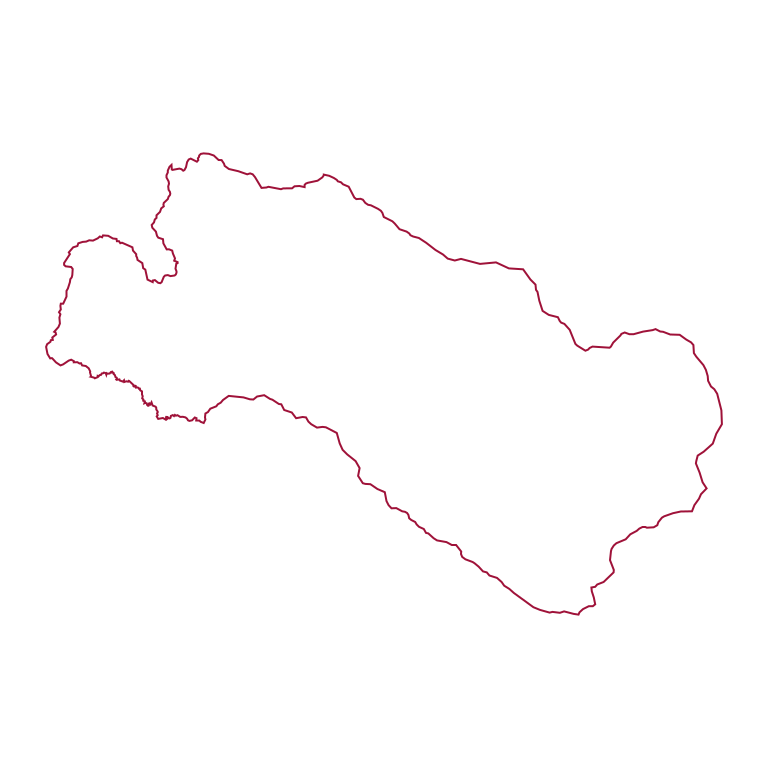 Menkhoaneng, Leribe, Lesotho (Mercator projection)
{"feature_id": "5366337B76816657583233", "entity_name": "Menkhoaneng", "entity_type": "district", "adm_level": 2, "iso_a3": "LSO", "parent_name": "Lesotho", "parent_adm1": "Leribe", "projection": "mercator", "projection_center": [28.291, -28.899], "detail": "fine", "context": "isolated", "style": "outline", "palette": "rose", "viewbox_px": 768, "rotation_deg": 0, "n_neighbors": 0, "source": "geoboundaries", "source_scale": "gbopen_adm2", "svg_char_len": 6059}
<svg xmlns="http://www.w3.org/2000/svg" viewBox="0 0 768 768"><path d="M549.6,612.6L552.5,611.9L559.9,612.8L564.1,611.4L573.7,613.9L578.5,614.6L579.5,612.3L583.0,609.1L588.8,606.2L592.8,606.2L595.2,604.3L593.8,597.5L591.8,591.3L591.4,587.5L595.2,586.8L597.2,584.5L603.6,582.0L613.6,572.4L613.8,569.9L610.0,560.1L611.0,551.0L611.6,548.9L613.8,545.5L616.4,543.2L625.7,539.3L630.3,534.3L636.7,530.9L639.3,528.6L642.5,527.0L645.3,527.0L646.9,527.7L653.7,527.3L657.3,525.2L658.3,522.2L661.9,517.7L664.2,516.3L673.0,513.2L680.8,511.5L692.0,511.3L694.4,505.1L699.0,498.7L701.0,494.2L706.6,488.4L702.6,482.3L699.6,472.6L695.9,463.4L696.3,461.0L697.7,455.6L703.7,451.7L712.8,443.6L716.3,433.7L721.9,424.2L721.4,410.4L717.2,393.8L714.3,389.2L711.0,386.5L708.1,380.8L707.7,376.0L705.9,369.9L703.4,365.1L696.3,356.7L693.9,353.1L693.4,345.0L691.0,342.3L686.3,339.6L679.7,334.8L670.2,334.5L663.1,331.8L660.2,331.5L655.5,329.1L652.7,330.1L643.1,331.6L633.6,334.2L629.4,334.2L624.7,332.5L621.4,333.9L620.4,335.5L613.2,342.6L610.9,346.6L609.6,347.7L592.5,346.6L589.6,348.0L588.1,349.6L585.4,350.7L577.2,345.6L575.4,343.9L569.7,329.8L564.4,323.9L561.1,322.6L559.7,320.9L557.9,317.2L548.8,314.9L542.6,310.9L539.3,300.7L537.5,291.9L536.0,289.8L535.5,284.6L530.4,279.5L523.1,269.3L508.9,268.4L496.0,262.4L480.0,263.9L461.0,258.9L454.8,260.5L447.7,258.6L443.0,254.5L435.5,250.0L426.2,242.8L418.9,238.0L413.1,236.5L410.4,235.2L409.3,233.5L406.6,231.6L399.5,229.2L394.7,223.5L392.4,221.3L383.8,217.0L382.4,212.9L380.9,210.8L378.1,208.9L370.9,205.3L368.1,204.8L365.3,202.9L362.9,199.7L360.5,198.8L356.3,199.1L354.3,197.5L348.7,186.7L343.0,184.3L341.0,182.3L337.8,181.3L336.8,179.9L333.9,178.0L329.2,175.8L323.8,174.6L323.8,175.3L322.3,177.4L317.6,180.7L307.8,182.8L305.8,183.6L304.6,184.9L304.6,187.1L299.4,186.0L294.5,186.3L292.1,188.3L283.2,188.4L281.0,189.2L268.4,186.8L266.4,187.5L261.5,187.9L255.0,177.1L252.7,174.3L250.1,173.4L247.2,174.3L238.3,171.2L228.9,169.0L224.7,165.9L224.0,163.7L221.6,160.1L218.6,160.0L213.8,155.5L208.8,153.8L203.6,153.4L200.8,153.9L199.2,155.5L198.9,157.1L197.9,158.3L198.3,160.1L196.9,161.7L190.7,158.6L188.7,159.5L187.1,162.1L186.0,167.2L184.4,170.1L183.2,170.7L181.5,169.2L179.4,168.6L172.5,169.9L171.8,169.5L171.5,164.9L169.5,166.8L167.8,170.6L167.8,172.5L166.5,175.2L166.5,177.5L168.6,181.4L169.0,183.7L168.2,186.4L168.6,189.8L169.9,191.8L170.3,193.7L169.9,195.2L168.6,196.7L167.8,199.1L163.8,202.9L163.4,204.8L163.8,206.3L161.2,208.4L160.0,211.9L156.5,215.3L156.5,217.9L154.8,219.5L154.0,222.4L151.7,225.0L152.3,227.7L155.9,231.6L157.0,235.8L158.3,237.7L163.0,239.2L163.4,243.4L166.7,249.4L169.0,249.3L172.2,250.6L172.9,253.5L175.0,258.4L174.2,260.7L177.6,262.1L177.6,263.1L176.3,263.7L175.5,268.7L176.5,271.3L176.5,272.7L175.8,274.5L174.6,275.5L170.5,276.1L167.8,275.1L165.1,275.5L163.8,276.8L161.6,282.2L160.3,283.2L158.2,282.8L154.9,280.1L152.9,280.5L152.7,282.1L147.5,279.6L145.3,269.6L143.2,268.2L142.3,263.1L137.5,259.9L137.1,257.7L136.2,256.0L136.2,254.2L133.0,250.6L132.4,247.3L122.0,242.7L120.3,243.2L119.0,241.2L116.9,241.2L116.5,238.9L112.9,238.5L108.2,235.8L103.0,235.4L102.1,237.3L99.8,236.5L97.8,238.3L93.0,240.6L89.2,240.3L86.2,241.6L82.7,241.9L78.3,243.3L77.4,246.0L73.2,247.3L68.8,252.4L69.9,254.1L64.1,263.0L64.1,264.9L65.6,266.3L71.2,267.0L72.7,269.0L72.3,275.1L71.7,277.4L70.3,279.2L69.9,282.2L67.9,288.5L66.5,290.9L66.5,296.6L63.2,303.7L60.8,303.7L60.4,305.8L60.8,309.5L59.0,312.2L60.4,314.2L59.4,317.6L59.9,323.6L58.4,327.1L54.2,331.8L55.6,332.5L56.1,334.5L52.3,337.5L52.8,339.9L50.8,340.2L50.4,341.8L47.1,344.2L46.1,346.9L47.5,354.0L50.2,358.4L51.9,358.1L52.5,358.6L56.0,362.4L60.5,365.4L63.1,364.4L68.7,360.6L71.2,359.7L73.9,361.2L73.8,362.3L77.4,362.2L79.5,363.5L81.0,363.2L82.1,365.4L85.8,366.0L88.7,368.3L90.2,371.4L90.0,372.4L91.2,376.6L90.9,376.8L94.0,377.6L94.8,378.3L97.6,377.2L97.7,375.9L98.6,376.3L99.7,375.1L101.1,374.8L101.7,373.5L103.3,373.2L103.9,372.6L105.7,373.1L106.3,374.7L106.7,373.2L107.6,373.7L109.7,373.5L110.6,372.4L111.3,372.4L111.3,371.9L112.1,371.7L112.3,372.7L113.2,372.6L113.8,373.2L113.7,374.1L114.9,375.1L115.5,377.1L116.7,377.7L117.0,378.9L116.3,379.5L116.6,379.8L119.4,379.4L119.8,380.5L122.8,381.6L124.0,380.3L124.3,382.0L126.3,381.3L128.1,381.7L128.7,380.8L129.2,381.0L133.4,384.9L133.3,385.9L134.1,386.6L135.0,386.6L135.3,385.8L135.7,385.9L136.0,387.6L137.2,387.4L138.5,387.8L139.0,388.8L139.9,388.7L140.2,390.3L142.0,391.4L142.0,394.5L142.7,396.2L142.2,398.4L143.4,399.5L143.2,400.7L144.9,401.4L144.4,403.3L145.5,402.9L146.7,403.3L147.1,404.9L148.1,405.8L148.8,405.5L148.9,403.6L149.2,403.3L150.4,404.4L151.5,402.3L152.6,405.5L155.6,406.7L156.2,407.6L156.3,409.5L157.7,411.6L157.7,412.4L157.0,413.3L157.7,415.2L156.7,416.4L158.2,418.9L162.9,418.0L166.0,419.8L166.9,419.1L166.0,417.8L166.2,416.9L167.5,417.0L168.9,418.3L169.7,418.4L170.5,417.8L170.9,415.9L172.8,415.1L174.0,416.1L174.9,414.9L175.9,415.7L177.5,415.2L180.2,416.9L182.9,416.8L185.5,417.4L187.1,418.7L188.0,420.3L189.4,420.9L192.1,420.3L194.8,417.5L196.5,418.2L196.2,420.5L199.4,420.6L200.6,421.8L203.7,423.0L205.4,419.5L205.0,417.4L205.4,413.5L207.9,412.1L210.3,408.7L216.3,406.3L217.8,404.3L220.7,402.7L223.0,400.0L228.7,395.9L243.5,397.4L249.9,399.3L253.4,399.5L257.1,396.5L264.2,395.2L270.0,398.9L272.4,399.7L278.9,404.0L281.3,404.3L284.2,410.0L291.8,412.5L296.1,418.2L302.6,417.0L306.0,417.4L308.4,421.6L311.2,424.2L317.0,427.6L322.6,426.9L325.9,427.3L336.8,433.0L339.7,443.4L342.6,449.8L347.2,454.4L355.6,461.1L359.6,468.1L358.1,475.9L362.8,483.2L365.3,483.9L370.4,484.2L377.4,489.0L384.8,492.2L386.5,501.1L388.6,505.2L391.5,508.3L396.3,508.1L402.2,511.3L405.0,511.8L407.1,513.0L408.4,514.9L409.2,518.3L411.3,520.0L415.2,522.0L416.6,524.4L419.0,526.8L423.8,529.0L426.0,532.9L428.3,533.4L433.6,538.2L437.0,540.4L446.5,542.1L451.8,545.0L456.1,545.0L461.2,551.5L461.0,554.0L462.2,556.9L465.4,559.3L472.6,562.0L474.5,563.2L478.7,566.7L483.0,571.4L486.8,572.4L489.4,575.5L497.0,577.9L501.7,582.1L504.2,585.7L509.3,588.9L513.9,593.0L533.4,607.2L540.0,609.9L549.6,612.6Z" fill="none" stroke="#9f1239" stroke-width="2"/></svg>